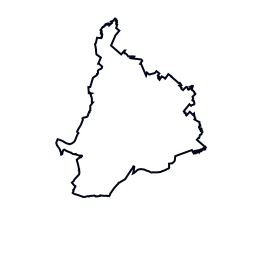 Tacotalpa, Tabasco, Mexico, rotated 33°
{"feature_id": "50627088B19731547839915", "entity_name": "Tacotalpa", "entity_type": "district", "adm_level": 2, "iso_a3": "MEX", "parent_name": "Mexico", "parent_adm1": "Tabasco", "projection": "natural_earth1", "projection_center": [-92.714, 17.516], "detail": "fine", "context": "isolated", "style": "outline", "palette": "ink", "viewbox_px": 256, "rotation_deg": 33, "n_neighbors": 0, "source": "geoboundaries", "source_scale": "gbopen_adm2", "svg_char_len": 5697}
<svg xmlns="http://www.w3.org/2000/svg" viewBox="0 0 256 256"><g transform="rotate(33 128 128)"><path d="M125.3,210.9L126.6,210.4L127.8,210.4L129.7,208.9L131.6,206.9L132.4,206.8L132.4,206.6L133.1,205.7L135.3,204.1L136.6,202.9L137.0,202.9L137.1,203.0L137.4,203.0L137.9,202.7L138.1,203.0L138.4,202.9L139.5,202.2L140.9,200.6L141.3,199.8L141.7,200.1L142.5,199.1L144.7,198.1L147.1,196.4L147.5,196.2L147.9,196.2L148.0,196.0L149.0,195.6L148.9,195.4L149.4,194.8L149.0,193.1L148.9,192.3L149.1,186.1L149.7,182.0L150.1,180.6L150.0,180.1L150.2,179.7L150.0,179.3L150.1,178.8L150.7,178.2L151.6,176.2L152.6,174.4L153.5,172.3L153.5,161.2L153.7,159.9L153.4,157.2L153.9,157.0L154.4,157.1L156.9,162.8L157.0,163.3L157.5,162.5L159.0,157.7L159.9,156.5L161.4,155.3L164.5,153.9L166.0,153.8L169.0,153.0L171.6,152.7L172.3,152.3L173.8,151.0L174.8,150.6L177.0,149.0L179.3,147.1L180.4,145.2L180.9,144.8L181.9,143.4L183.3,140.9L183.9,140.2L184.2,139.4L184.1,138.8L181.8,135.6L184.3,133.5L184.6,132.8L184.9,131.3L185.0,130.2L184.9,129.7L183.0,126.0L184.5,123.8L193.6,111.7L197.1,113.6L197.4,113.2L198.0,112.9L198.6,112.4L198.6,112.2L197.9,112.1L196.9,112.4L196.3,112.1L196.2,111.6L196.3,111.3L196.7,111.5L197.2,111.4L197.3,111.1L196.8,110.7L197.5,110.0L198.3,110.7L198.7,110.1L198.9,110.0L199.1,110.6L199.4,110.7L199.5,110.2L198.4,109.1L198.5,108.9L199.1,108.8L199.9,109.4L200.2,108.9L200.4,109.5L200.7,109.5L201.0,109.7L201.0,108.7L200.2,108.1L199.9,107.5L200.6,107.0L201.5,107.0L201.6,107.9L202.0,107.7L202.2,107.0L202.2,106.3L201.1,106.3L201.0,106.1L202.4,105.5L202.0,104.7L202.1,104.2L203.1,104.2L203.3,104.3L203.3,104.6L203.5,104.7L204.2,104.2L204.3,103.7L204.1,103.0L203.8,102.7L203.2,102.8L202.9,102.5L203.5,102.3L203.7,101.9L202.7,101.5L202.0,102.0L201.8,101.7L192.2,100.4L192.4,98.2L193.0,97.7L193.1,97.4L192.2,95.0L192.3,94.3L192.8,93.7L193.0,93.1L192.5,91.8L192.7,91.0L192.4,90.6L191.2,90.0L190.7,90.6L190.2,89.9L190.4,88.9L189.9,88.5L189.2,88.5L188.8,88.8L188.8,89.1L189.5,89.9L189.4,90.1L189.1,90.1L188.3,89.3L187.2,88.8L186.9,88.3L186.8,88.0L187.0,87.3L187.5,86.8L186.5,85.8L185.7,85.6L184.8,84.2L179.3,84.6L179.4,84.2L179.2,83.5L178.8,83.7L178.2,82.6L177.7,82.2L177.0,82.0L176.5,81.6L176.5,81.0L175.5,79.9L175.2,81.6L171.0,80.7L170.2,85.6L169.7,85.5L169.8,84.8L167.3,84.5L167.5,83.9L165.7,83.6L166.6,74.6L168.7,75.0L168.7,74.6L169.0,74.3L169.4,73.6L170.2,72.8L170.6,72.2L170.6,71.6L169.9,70.9L169.6,70.4L169.0,70.0L168.8,69.6L167.0,69.8L166.6,68.8L166.8,68.3L166.6,67.7L165.1,66.7L165.7,63.9L165.9,62.9L165.8,62.6L165.4,62.6L165.3,62.4L164.4,62.3L164.1,61.8L163.7,61.6L163.4,61.6L162.1,61.2L161.1,61.3L160.7,61.2L159.8,58.7L159.7,57.7L159.4,57.4L158.8,57.7L157.8,59.3L158.2,59.2L158.8,59.3L159.1,59.8L159.1,60.2L158.3,61.0L158.2,61.5L158.5,61.7L158.1,62.7L158.0,62.9L157.4,62.9L155.6,61.6L155.0,62.0L154.5,61.9L154.2,62.6L153.5,66.2L151.3,66.0L150.9,65.7L150.9,65.0L148.1,64.5L149.4,63.0L146.9,62.0L146.5,62.8L138.0,61.6L136.4,61.4L136.4,61.1L132.5,60.9L132.3,66.4L130.9,66.1L129.6,66.2L129.1,66.5L128.2,66.4L128.2,70.4L126.2,69.8L126.4,68.6L125.7,68.6L125.8,68.0L124.5,67.9L124.6,65.2L120.9,64.9L120.6,67.3L116.7,71.6L113.7,71.2L114.6,74.2L104.3,67.3L103.3,67.6L103.3,63.8L103.2,63.7L101.6,63.4L92.3,68.0L92.2,68.0L92.6,67.4L94.0,66.4L94.2,65.8L94.3,64.7L93.2,65.2L89.3,67.8L86.1,66.8L84.5,67.2L84.0,66.5L83.4,66.1L83.3,64.6L82.9,64.9L82.2,70.0L68.9,68.1L67.0,57.2L67.7,51.1L63.6,50.6L62.6,47.1L62.0,47.1L61.6,47.3L60.9,46.5L61.3,45.7L61.3,45.2L60.7,44.9L59.7,44.9L60.0,44.1L58.9,43.9L58.9,43.3L58.5,43.3L58.2,43.5L57.5,43.3L56.9,47.3L57.0,47.8L56.0,47.6L55.7,48.1L57.3,48.6L56.4,52.0L55.5,50.8L54.8,51.4L55.0,51.6L54.8,52.0L54.2,51.3L53.7,51.9L54.0,52.3L53.4,52.8L53.2,52.6L52.7,53.2L53.2,53.9L52.6,54.5L52.9,54.8L52.5,55.7L52.7,55.9L52.5,56.3L52.3,56.1L51.7,57.2L51.7,60.9L52.8,60.9L53.1,62.2L53.6,62.0L53.8,63.3L54.5,63.0L54.7,63.6L54.9,63.5L55.2,64.0L55.6,63.8L56.6,66.0L56.1,66.2L56.5,67.3L52.9,69.1L54.8,74.4L54.6,75.5L58.5,79.7L59.5,81.2L61.5,83.5L66.9,83.7L68.0,90.3L68.7,89.9L72.9,90.6L73.4,92.1L73.1,93.2L72.0,94.6L71.6,95.9L71.7,96.6L72.9,98.3L73.1,99.3L72.6,99.6L73.1,100.7L71.4,104.5L71.5,105.8L74.0,114.1L72.5,115.3L75.0,118.6L75.3,118.9L75.6,119.0L75.6,119.3L75.8,119.5L76.0,120.0L76.3,119.9L76.5,119.4L76.8,119.1L77.1,119.1L77.0,119.3L77.1,119.9L77.8,119.6L78.3,119.1L78.7,118.9L78.5,119.3L79.0,120.9L80.1,121.7L80.3,121.7L81.5,122.8L82.1,123.6L83.9,126.4L84.6,125.9L84.3,130.0L85.2,131.4L85.6,131.7L86.3,133.3L86.8,133.7L86.6,134.7L86.6,135.7L87.1,135.8L86.9,137.5L87.5,139.1L87.7,140.4L87.2,141.5L84.9,143.7L84.6,144.8L85.4,145.4L85.8,146.0L86.2,148.4L86.5,149.4L86.9,152.0L86.9,155.7L87.1,157.6L87.3,158.7L87.5,159.0L89.0,159.2L89.3,159.4L89.1,160.5L89.2,161.5L90.4,167.5L90.4,168.6L90.1,169.7L89.2,171.7L87.8,173.4L84.4,174.4L80.0,174.6L77.4,175.1L75.1,175.8L75.9,179.5L77.1,180.6L77.9,181.1L79.3,181.8L81.6,182.6L82.7,183.3L85.5,185.4L86.4,186.8L86.6,186.7L87.0,185.5L86.4,185.1L86.5,184.5L86.2,183.9L86.2,183.3L85.8,182.6L85.8,181.9L86.3,180.8L88.4,180.8L89.9,180.6L93.1,179.9L93.9,179.6L94.2,179.9L95.9,179.8L97.4,179.1L98.4,178.2L99.2,178.6L100.3,178.1L102.2,177.7L103.7,176.6L104.0,176.7L104.4,176.4L104.7,176.8L104.4,177.1L104.5,177.9L104.0,178.1L104.2,178.6L103.9,178.9L103.7,178.7L103.4,179.4L103.2,180.0L103.2,180.3L102.7,180.9L102.7,181.8L102.4,182.1L102.3,182.6L106.6,186.4L108.9,188.8L109.2,188.8L109.6,189.6L109.7,190.2L110.4,190.3L110.6,190.5L110.9,191.3L111.5,191.8L112.1,193.1L112.2,194.2L111.7,196.9L111.3,199.3L111.0,200.7L111.3,201.1L111.3,202.1L110.7,204.4L113.7,205.3L115.7,205.5L115.8,205.8L115.7,206.7L116.2,209.3L115.8,209.7L115.9,210.0L116.8,210.9L116.8,212.1L117.0,212.6L118.6,212.6L123.5,211.2L125.3,210.9Z" fill="none" stroke="#020617" stroke-width="2"/></g></svg>